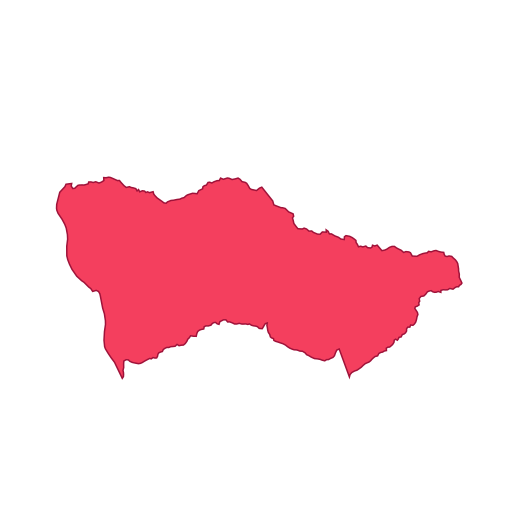 the district of Darcinópolis, Tocantins, Brazil, rotated 153°
{"feature_id": "56859067B19460025923615", "entity_name": "Darcinópolis", "entity_type": "district", "adm_level": 2, "iso_a3": "BRA", "parent_name": "Brazil", "parent_adm1": "Tocantins", "projection": "natural_earth1", "projection_center": [-47.805, -6.773], "detail": "fine", "context": "isolated", "style": "filled", "palette": "rose", "viewbox_px": 512, "rotation_deg": 153, "n_neighbors": 0, "source": "geoboundaries", "source_scale": "gbopen_adm2", "svg_char_len": 5255}
<svg xmlns="http://www.w3.org/2000/svg" viewBox="0 0 512 512"><g transform="rotate(153 256 256)"><path d="M143.7,124.6L141.7,126.7L140.1,128.8L138.3,130.4L137.8,132.5L138.0,134.4L138.3,137.2L137.1,138.4L135.2,138.1L132.9,138.4L132.2,140.5L130.7,141.4L129.9,144.0L127.4,145.1L124.6,144.2L122.2,144.9L119.5,146.3L117.4,146.1L115.7,145.6L114.8,143.9L113.4,142.6L111.8,141.9L109.8,141.7L107.8,139.7L106.9,141.4L104.6,141.0L102.8,139.9L100.6,138.9L98.1,139.1L95.5,137.0L93.0,137.5L91.1,137.5L89.5,136.6L88.0,137.5L86.3,137.6L84.8,138.4L84.7,141.1L84.6,144.7L83.1,147.5L82.3,150.6L81.3,152.7L79.7,157.7L79.7,159.7L80.1,162.0L81.2,164.8L81.8,166.8L84.0,168.4L86.0,168.8L87.5,170.0L87.6,171.9L87.1,174.0L89.4,175.5L91.3,177.2L93.1,179.2L95.0,179.8L98.1,180.2L100.1,181.8L102.0,181.1L104.0,181.8L106.2,182.4L109.8,182.8L112.6,182.6L116.8,185.0L116.9,188.8L117.9,190.2L120.5,191.9L122.8,192.1L124.1,195.3L125.9,197.6L127.2,199.5L128.3,201.7L130.5,202.8L133.2,203.1L136.2,202.7L138.6,202.8L141.4,203.6L142.4,207.8L143.1,210.7L145.6,211.0L147.3,212.7L148.5,211.3L150.3,211.1L152.8,212.8L153.6,215.0L156.7,215.6L158.3,217.2L160.5,217.7L160.4,220.5L160.7,222.6L159.9,224.5L160.9,226.8L161.9,228.7L163.6,231.0L166.6,233.3L168.5,233.0L169.9,230.6L172.7,232.6L174.0,235.2L176.7,238.2L178.7,241.4L180.6,242.4L180.5,245.2L181.6,247.4L182.5,245.3L186.0,247.3L189.0,246.3L191.2,247.5L194.1,250.9L195.0,253.0L197.5,254.1L198.7,257.1L200.5,259.0L202.4,259.0L206.3,261.3L206.9,264.2L207.5,267.8L206.7,270.8L206.2,273.4L204.4,274.3L203.8,276.7L206.9,280.5L208.4,285.1L210.4,286.9L211.9,287.8L213.7,289.8L215.6,291.9L216.9,293.5L216.1,297.5L219.6,314.7L222.1,314.9L225.8,314.1L229.9,317.4L230.9,319.0L231.0,322.3L231.3,325.0L232.2,326.5L234.7,328.6L235.4,331.5L236.6,333.6L239.4,334.1L242.6,335.0L244.7,337.5L246.1,338.5L250.3,339.2L252.2,341.5L254.5,339.9L256.5,340.8L259.6,341.2L262.2,341.1L263.8,342.8L265.4,343.3L268.0,341.7L270.1,342.1L271.8,341.8L273.1,340.1L277.3,340.2L280.2,338.2L282.4,339.7L284.1,340.7L287.1,341.2L288.9,341.5L290.5,341.5L293.6,340.7L295.9,341.2L298.0,341.2L300.7,342.2L304.1,343.1L306.6,344.1L310.4,344.4L312.1,343.8L313.9,345.1L315.1,347.6L317.7,352.5L318.7,355.8L319.0,357.6L318.5,360.0L322.2,360.8L323.5,362.4L325.3,362.6L325.8,364.4L327.6,365.7L330.5,366.0L330.5,368.5L332.4,368.0L332.5,370.6L334.4,372.4L336.1,373.7L337.3,375.2L340.5,376.0L341.7,378.6L342.9,382.9L343.4,385.3L345.2,386.1L348.4,390.1L350.1,392.1L351.5,393.1L354.1,393.8L356.1,395.0L357.3,392.3L360.2,392.0L362.8,392.3L365.1,394.9L367.7,395.4L369.4,396.9L371.5,397.9L372.7,396.5L375.2,396.9L377.0,397.3L378.6,398.2L380.9,399.3L382.5,399.8L384.9,399.2L386.7,398.6L388.6,399.3L388.9,402.2L387.3,404.3L392.7,406.2L394.8,404.5L401.9,401.9L409.0,393.8L410.2,392.4L412.1,389.0L412.7,387.1L413.0,383.9L412.1,376.7L412.0,371.0L412.4,367.1L414.3,360.7L416.2,356.5L420.2,350.6L424.5,342.0L425.4,338.2L425.9,333.4L426.0,327.7L424.9,319.4L422.6,313.2L421.2,310.7L419.1,304.2L418.0,302.0L417.6,298.6L414.0,297.9L412.4,295.9L412.3,293.2L412.8,291.2L416.3,279.1L417.3,273.4L419.5,266.8L421.2,263.3L425.3,257.5L429.7,249.9L432.0,244.0L432.3,241.7L431.9,236.3L431.3,231.3L430.3,225.5L430.7,207.7L428.9,208.7L427.8,210.5L427.0,212.3L426.4,214.5L424.5,216.7L423.0,219.8L421.5,222.4L418.9,222.6L416.9,221.4L416.2,219.4L414.6,217.4L412.9,216.0L411.4,214.8L409.6,213.4L407.6,212.8L405.6,212.7L403.4,212.9L400.9,213.0L399.0,213.0L397.3,213.0L396.0,211.9L393.9,212.3L392.3,210.9L390.8,210.3L389.2,211.4L388.2,212.8L386.8,213.8L384.9,213.8L382.8,213.4L381.0,214.8L378.7,215.1L376.9,215.0L375.3,214.1L373.1,213.9L371.2,213.1L369.0,212.3L366.5,213.1L365.3,211.0L363.2,210.5L361.1,209.6L358.8,210.1L356.3,211.4L354.6,212.8L352.6,213.4L350.5,214.6L348.0,212.8L345.7,211.6L344.0,213.7L342.2,215.2L340.0,215.6L338.2,215.4L335.7,214.7L334.3,216.5L332.4,216.5L330.4,215.4L327.6,214.8L325.6,215.7L323.8,215.8L322.2,215.2L321.4,213.2L320.0,211.9L318.0,213.9L315.7,213.9L314.0,213.9L311.8,212.8L311.2,210.1L309.4,209.3L307.4,207.1L306.0,205.2L304.1,204.2L301.5,203.6L299.5,201.8L297.7,200.9L295.9,200.1L294.3,198.7L292.7,198.5L291.5,196.4L290.0,195.0L288.0,193.6L286.8,192.4L286.0,190.0L283.5,188.4L281.5,189.6L279.9,190.7L278.4,191.5L276.4,191.2L277.8,189.2L278.4,187.0L279.3,184.4L279.7,182.3L279.4,179.9L279.9,177.4L279.2,175.8L277.9,174.5L278.4,172.7L277.3,171.1L275.2,169.1L273.6,167.4L271.8,165.6L270.1,163.2L269.1,160.9L267.6,158.4L266.1,156.6L264.6,155.1L262.9,154.2L261.6,153.1L260.1,151.4L257.8,150.0L256.2,147.4L255.7,145.1L254.2,143.3L252.8,141.0L251.7,139.6L250.4,138.0L248.0,136.5L245.8,134.8L244.3,133.1L242.3,131.4L240.1,131.6L238.5,130.8L236.2,130.9L233.5,130.7L231.4,131.5L229.3,133.5L226.8,135.5L224.1,135.4L227.7,105.8L226.0,107.7L223.5,108.7L220.4,108.8L217.9,108.4L215.4,108.7L212.7,109.1L210.2,109.9L207.5,110.5L205.5,110.4L203.5,110.2L201.5,110.6L199.8,111.3L197.8,111.9L195.6,112.4L193.0,111.8L190.8,113.4L188.4,113.4L186.8,112.9L184.8,113.1L182.7,112.5L181.8,114.7L180.0,114.9L178.2,114.2L176.4,114.6L174.5,115.1L172.3,116.4L171.0,118.3L169.4,118.5L168.3,116.8L166.8,117.5L165.5,118.6L163.4,118.0L161.3,119.6L159.4,119.3L157.6,119.7L155.9,120.8L154.9,122.8L153.1,123.7L151.2,122.8L149.6,124.3L147.6,123.0L145.7,123.5L143.7,124.6Z" fill="#f43f5e" stroke="#9f1239" stroke-width="1.5"/></g></svg>